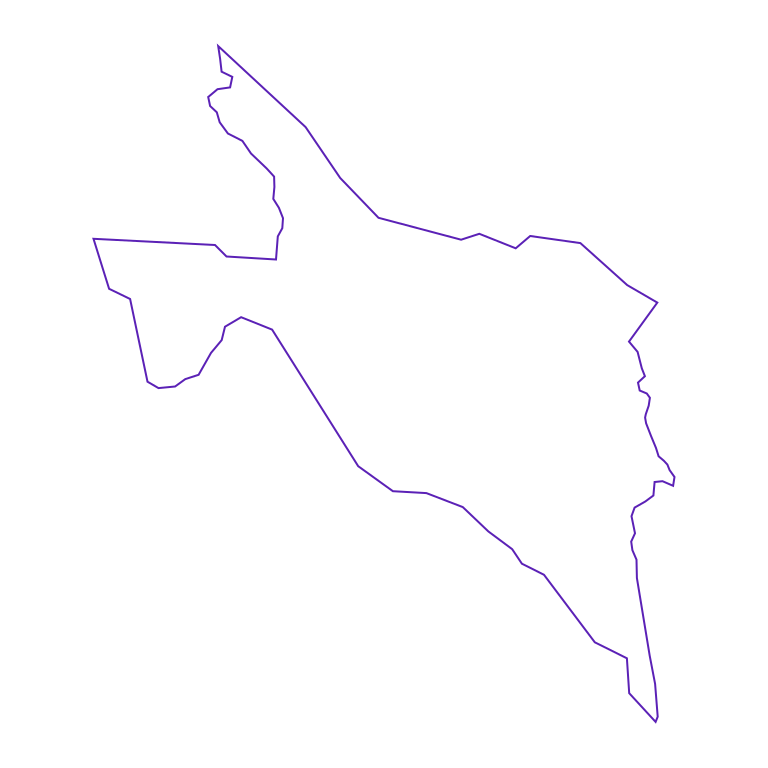 Palmitas, Soriano, Uruguay (Albers equal-area conic projection)
{"feature_id": "84410073B71248424630997", "entity_name": "Palmitas", "entity_type": "district", "adm_level": 2, "iso_a3": "URY", "parent_name": "Uruguay", "parent_adm1": "Soriano", "projection": "albers", "projection_center": [-57.799, -33.471], "detail": "fine", "context": "isolated", "style": "outline", "palette": "violet", "viewbox_px": 768, "rotation_deg": 0, "n_neighbors": 0, "source": "geoboundaries", "source_scale": "gbopen_adm2", "svg_char_len": 1270}
<svg xmlns="http://www.w3.org/2000/svg" viewBox="0 0 768 768"><path d="M93.5,238.8L102.5,267.7L109.1,288.8L130.1,299.0L147.5,381.7L158.5,388.1L175.1,386.5L185.3,379.1L198.6,374.8L211.0,352.9L221.7,340.1L225.0,326.7L241.1,317.2L272.1,329.6L358.2,466.2L392.9,491.2L426.4,493.1L462.8,507.1L488.3,531.4L512.2,549.2L521.9,563.7L544.0,574.8L594.8,642.3L626.9,658.3L629.2,693.2L655.6,721.9L657.7,716.7L655.1,683.9L649.7,655.7L636.9,578.0L636.5,559.7L632.4,550.2L631.2,541.6L635.0,533.3L631.5,516.2L634.6,507.6L645.3,501.5L653.4,495.5L654.6,482.0L662.5,481.2L668.3,483.7L673.1,485.8L674.5,477.0L669.6,470.1L667.4,464.6L663.9,460.8L658.6,456.3L656.0,448.0L651.0,435.9L646.1,423.3L645.1,417.6L645.8,414.2L648.7,405.7L649.9,397.8L646.8,393.5L639.7,390.5L638.0,382.6L644.9,376.2L641.8,368.3L637.6,351.9L629.0,341.6L657.3,302.6L627.2,285.1L580.4,243.1L530.2,236.0L515.7,248.3L479.3,233.8L461.1,239.7L378.5,217.8L340.2,178.0L305.6,127.1L218.2,46.1L220.1,58.7L221.6,71.7L232.3,76.9L230.1,87.4L217.5,89.2L208.2,97.0L210.1,106.0L216.8,112.3L219.7,122.3L227.9,133.5L242.4,140.9L251.0,153.5L266.6,168.4L274.1,176.6L274.4,187.0L273.3,198.9L278.9,207.8L283.0,218.2L282.3,228.2L277.8,236.4L276.0,259.5L226.5,256.5L215.0,245.0L93.5,238.8Z" fill="none" stroke="#5b21b6" stroke-width="2"/></svg>